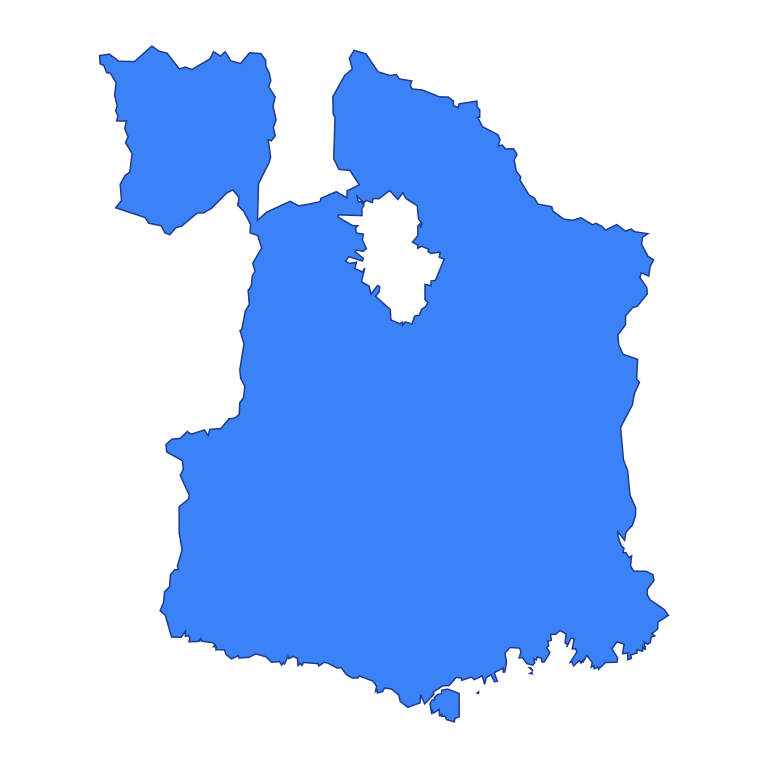 Malang, Jawa Timur, Indonesia
{"feature_id": "22746128B8866265958554", "entity_name": "Malang", "entity_type": "district", "adm_level": 2, "iso_a3": "IDN", "parent_name": "Indonesia", "parent_adm1": "Jawa Timur", "projection": "robinson", "projection_center": [112.621, -8.113], "detail": "fine", "context": "isolated", "style": "filled", "palette": "blue", "viewbox_px": 768, "rotation_deg": 0, "n_neighbors": 0, "source": "geoboundaries", "source_scale": "gbopen_adm2", "svg_char_len": 6090}
<svg xmlns="http://www.w3.org/2000/svg" viewBox="0 0 768 768"><path d="M160.1,610.8L165.3,615.3L171.6,637.0L181.3,637.3L185.4,631.0L185.4,636.4L188.3,635.6L189.9,638.2L188.9,641.8L199.0,641.4L200.8,638.7L201.5,641.2L212.4,642.6L215.3,644.7L213.6,646.7L216.3,646.7L215.8,649.7L224.4,649.8L226.0,654.5L231.4,658.9L238.2,655.7L239.1,658.0L249.1,657.3L256.0,653.8L266.2,657.0L271.5,662.2L279.5,661.6L281.7,665.1L283.4,662.6L284.5,664.0L288.0,656.3L289.0,658.6L293.2,656.4L297.4,658.4L298.0,665.6L300.4,663.4L301.9,665.5L303.7,662.5L317.9,663.6L318.9,666.0L324.1,662.3L327.9,663.1L337.3,668.1L341.3,667.7L346.3,674.6L352.4,678.1L358.2,677.8L359.0,675.9L372.8,681.0L376.6,686.0L375.6,691.2L376.9,689.8L377.4,692.9L382.5,691.5L384.6,688.0L391.5,689.0L398.8,695.1L400.2,701.4L407.8,707.3L420.0,702.9L420.5,694.7L424.7,703.9L433.9,694.2L433.2,692.2L442.7,685.8L449.0,685.6L456.2,677.5L461.4,678.0L461.8,680.3L471.7,677.0L474.2,679.7L482.3,675.9L484.7,684.4L486.2,677.6L491.1,674.8L494.4,681.7L497.4,681.2L494.2,672.7L503.2,668.1L503.2,672.1L504.8,672.0L506.5,662.4L505.0,653.1L510.0,647.5L519.5,648.1L521.0,651.9L519.1,657.9L522.5,657.7L526.9,663.6L532.8,665.2L534.8,662.8L533.6,658.7L536.3,660.0L537.1,657.0L541.3,658.1L541.8,661.9L544.2,662.1L549.8,652.6L546.7,647.4L548.7,645.6L547.8,641.2L551.3,640.3L550.6,634.4L555.9,634.2L559.9,630.5L566.0,633.9L565.1,643.0L567.3,644.1L566.9,647.0L571.0,638.0L574.1,638.8L572.2,649.0L575.5,648.7L576.9,652.0L570.2,662.4L572.0,661.9L573.6,665.9L579.4,660.4L581.1,663.1L582.9,659.7L582.8,662.6L586.8,655.4L592.2,662.4L591.3,667.2L593.9,665.7L594.2,668.8L598.0,667.1L598.6,669.2L605.5,662.5L616.9,662.2L617.6,657.9L612.0,648.9L616.8,642.0L624.1,644.0L622.6,653.8L627.8,653.0L627.7,659.7L631.4,658.4L630.8,654.9L637.0,653.0L637.0,649.8L642.6,651.2L642.6,646.1L644.6,649.4L645.4,649.1L644.2,641.9L647.5,644.2L650.2,642.7L651.3,637.0L654.8,635.9L651.7,633.8L657.6,629.1L658.0,622.2L668.4,615.3L664.3,609.6L650.2,599.9L647.3,594.8L647.3,589.3L654.0,580.4L652.9,574.7L646.2,571.3L633.6,571.1L630.5,565.7L631.6,555.9L628.9,557.6L625.9,552.6L622.9,552.7L624.0,548.2L621.2,545.8L618.0,536.1L617.8,531.8L624.6,540.3L625.9,532.3L632.3,525.4L635.5,515.7L635.7,507.9L630.0,495.1L627.6,470.7L623.5,460.0L620.6,427.4L632.4,404.8L634.4,393.7L639.5,382.3L636.6,379.1L637.6,359.4L622.9,354.2L618.8,345.0L617.9,335.0L625.5,324.7L625.6,315.8L632.8,307.5L637.2,306.3L647.4,293.8L646.8,287.7L639.9,277.5L641.3,272.7L648.7,276.1L650.1,266.6L653.7,259.8L648.1,256.4L641.5,244.3L642.5,237.3L647.9,233.7L635.0,231.8L630.9,229.0L625.6,231.2L616.8,224.6L605.4,230.1L601.6,226.1L595.9,223.3L592.6,224.8L580.9,217.8L572.7,220.3L563.7,219.1L553.1,211.3L551.7,206.7L537.9,204.1L534.4,198.1L528.9,194.9L520.1,180.3L520.7,176.8L516.3,171.5L514.1,159.8L517.0,154.7L513.6,148.8L505.5,149.0L502.3,145.1L498.3,145.8L500.0,139.6L498.0,134.9L482.3,126.5L477.7,117.1L479.7,117.3L479.8,110.1L477.1,106.8L477.0,101.1L459.2,103.8L458.2,107.7L453.4,105.4L453.4,101.1L448.4,97.0L439.3,96.9L422.8,90.1L411.9,88.9L410.3,85.1L411.8,81.0L399.3,78.9L396.3,74.6L389.9,75.5L378.0,71.8L366.0,53.9L354.1,50.3L349.4,58.2L352.3,68.8L344.6,75.7L332.8,96.7L333.2,114.1L335.0,117.2L333.7,158.7L339.0,169.4L350.0,170.5L359.2,184.8L347.1,190.8L346.9,197.8L336.2,191.7L320.9,198.3L320.1,201.7L308.4,204.2L298.6,205.8L290.1,201.3L266.6,212.2L257.5,220.3L258.5,183.8L269.3,162.0L270.6,156.8L268.2,139.6L271.3,140.8L275.2,135.8L273.3,127.5L276.1,119.8L273.0,106.1L275.2,97.0L268.6,86.7L270.8,80.5L269.0,72.5L265.8,66.1L265.7,60.3L260.9,53.6L249.5,52.8L240.6,63.5L230.9,60.9L225.1,51.8L220.5,56.1L213.5,51.7L210.1,58.8L192.0,69.5L185.4,67.1L179.4,69.0L167.1,53.2L158.8,51.1L151.9,46.1L134.4,61.6L118.8,61.2L109.3,54.1L99.6,55.6L100.1,63.8L103.9,65.5L106.7,72.8L110.4,73.2L116.1,82.8L114.6,95.2L117.2,105.8L115.7,110.9L118.1,116.2L116.5,120.9L126.5,121.1L124.7,128.5L128.1,136.8L125.5,142.6L132.1,153.6L129.8,172.1L125.2,175.4L120.2,184.2L121.5,200.5L115.7,207.8L145.0,217.5L148.7,223.2L161.2,225.8L165.0,232.9L169.8,234.7L175.9,227.8L181.8,226.0L197.4,212.9L203.5,212.9L211.6,208.3L226.9,192.8L233.0,190.0L239.1,197.6L237.7,205.2L243.7,211.3L250.5,224.1L250.1,232.9L257.8,235.5L261.6,248.1L252.7,263.3L255.1,271.3L252.3,276.1L251.2,286.1L248.1,290.4L249.3,304.5L245.3,311.1L241.7,329.9L240.0,330.5L244.0,343.9L239.8,369.8L240.7,378.4L244.8,386.3L243.6,397.5L239.8,402.6L239.2,414.5L234.9,418.1L228.9,418.8L220.8,428.6L209.9,429.3L208.0,435.7L204.6,429.9L191.3,434.2L187.2,431.5L180.4,438.4L172.0,439.1L166.0,444.5L166.7,452.0L182.3,460.6L183.4,469.0L180.3,475.6L189.2,494.9L188.7,499.0L179.1,506.7L179.2,533.0L182.1,549.8L177.4,566.2L178.4,569.6L174.6,569.8L170.5,574.7L169.5,587.0L164.6,591.6L163.5,602.6L160.1,610.8ZM348.7,256.6L362.3,261.0L363.4,258.3L355.1,251.9L356.5,249.9L363.0,251.4L366.4,248.6L362.4,240.1L363.4,234.2L356.2,233.0L355.6,227.9L357.7,225.8L352.3,225.5L337.9,216.9L338.3,214.9L362.0,215.6L361.9,208.4L364.1,205.0L360.8,201.5L358.3,202.0L357.1,196.3L364.2,202.8L366.1,200.4L372.3,202.6L373.0,198.6L379.1,198.7L389.7,190.5L397.8,199.5L402.9,192.9L406.1,198.7L417.2,205.6L418.5,218.6L422.1,224.0L420.6,226.7L419.9,223.9L417.9,225.9L417.9,235.7L412.5,242.1L417.8,245.2L417.7,248.3L421.7,246.2L428.7,249.3L428.0,251.4L430.5,253.4L440.0,252.2L439.2,257.2L444.2,259.1L435.4,280.5L431.2,280.9L430.9,285.7L425.0,284.3L425.0,299.7L427.9,302.4L425.7,306.5L421.5,309.4L419.4,315.1L414.7,316.1L412.0,324.0L405.3,321.9L402.6,325.1L402.5,322.2L399.8,323.7L390.9,319.9L390.2,309.5L375.5,296.2L379.2,291.8L379.7,286.6L377.6,285.4L371.0,294.2L369.2,286.2L361.5,281.8L364.7,267.9L362.5,272.0L354.8,268.5L356.5,262.3L349.5,263.5L345.6,261.2L348.7,256.6ZM447.7,689.1L441.8,690.2L441.4,694.0L437.8,694.4L434.2,697.8L434.9,699.5L431.9,700.2L430.0,704.1L431.8,714.3L432.3,710.8L433.8,713.0L439.2,709.4L439.5,715.7L442.0,714.5L441.5,716.2L444.9,716.3L446.6,719.6L454.3,721.9L455.0,718.4L459.2,716.8L459.1,693.5L447.7,689.1ZM532.9,671.1L530.7,667.9L529.4,667.7L532.9,671.1ZM477.1,693.0L478.5,693.5L478.6,691.9L477.1,693.0ZM532.3,673.8L531.8,672.3L529.9,673.5L532.3,673.8Z" fill="#3b82f6" stroke="#1e3a8a" stroke-width="1.5"/></svg>